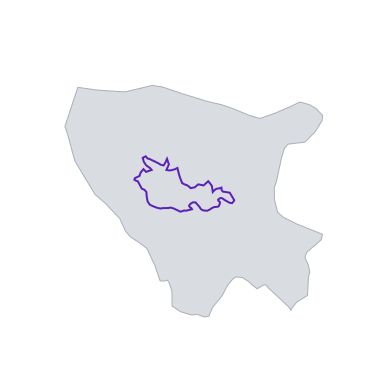 where Gitega sits in Burundi, rotated 107°
{"feature_id": "BDI-2639", "entity_name": "Gitega", "entity_type": "Province", "adm_level": 1, "iso_a3": "BDI", "parent_name": "Burundi", "parent_adm1": "", "projection": "albers", "projection_center": [29.917, -3.445], "detail": "fine", "context": "in_parent", "style": "outline", "palette": "violet", "viewbox_px": 384, "rotation_deg": 107, "n_neighbors": 0, "source": "natural_earth", "source_scale": "10m", "svg_char_len": 2294}
<svg xmlns="http://www.w3.org/2000/svg" viewBox="0 0 384 384"><g transform="rotate(107 192 192)"><path d="M276.1,62.8L273.5,66.2L261.4,90.8L259.1,94.5L260.4,96.8L265.5,101.4L262.5,109.1L261.3,111.2L259.1,118.4L260.3,125.1L263.2,127.5L271.0,130.7L282.7,133.0L296.5,138.6L305.8,139.6L307.9,143.6L307.5,150.7L309.8,156.9L309.8,167.9L307.0,177.6L292.8,182.2L285.5,187.2L283.5,189.7L285.3,192.6L286.3,196.5L272.9,206.2L259.1,218.8L255.9,227.4L253.1,237.5L249.1,243.9L238.6,253.2L228.0,271.9L222.7,284.0L196.5,313.2L173.3,327.7L166.5,332.7L125.3,331.8L122.2,312.2L115.9,285.4L101.7,261.1L100.2,251.0L100.8,231.5L100.9,204.0L99.9,189.2L100.2,178.5L102.0,159.8L101.8,148.6L92.4,135.7L80.8,122.0L74.5,115.3L74.2,109.8L74.2,104.8L76.1,97.5L80.6,89.4L85.7,88.5L98.2,91.7L111.3,98.6L118.2,114.2L123.5,116.4L133.1,116.4L157.7,114.3L163.9,114.6L175.1,110.9L186.2,104.3L189.4,97.5L192.0,82.3L194.3,54.8L200.0,54.5L215.5,64.3L218.9,64.9L222.1,64.6L227.5,59.7L234.1,55.8L239.0,55.9L257.1,51.3L266.7,59.6L272.9,62.2L276.1,62.8Z" fill="#d9dde1" stroke="#a8b0b8" stroke-width="1"/><path d="M187.5,149.2L188.7,149.4L190.9,150.4L191.3,152.9L190.1,158.4L189.2,161.1L189.2,162.5L190.1,163.8L191.8,164.8L192.7,164.1L193.3,162.7L194.1,162.0L197.1,162.1L198.3,162.6L200.0,166.5L201.6,168.3L203.6,169.9L205.5,172.0L206.2,175.1L206.2,176.8L205.9,178.1L205.2,179.2L204.0,180.5L201.3,185.0L200.9,185.4L201.6,188.1L203.8,190.1L206.1,190.8L207.2,189.5L207.5,188.0L208.5,187.0L211.7,192.3L212.0,194.2L213.2,195.7L214.2,197.3L213.1,204.7L213.2,208.2L214.2,209.8L215.7,214.6L217.1,217.6L217.3,221.3L217.0,225.0L216.5,228.6L214.1,231.6L209.8,233.9L205.4,235.6L203.8,238.0L203.5,241.0L197.6,246.9L197.6,248.9L197.1,250.7L195.5,250.7L194.1,249.2L192.0,246.9L188.5,246.8L184.3,245.1L186.2,241.8L182.7,237.0L181.5,238.9L179.8,243.7L177.2,246.9L173.7,249.1L171.4,246.7L172.3,245.4L173.0,244.1L172.8,242.6L174.3,232.8L175.1,229.8L174.9,226.9L171.3,226.0L167.6,225.6L172.3,222.2L178.4,222.9L178.1,220.2L177.0,217.7L175.3,215.1L173.3,213.0L180.5,208.6L186.3,204.1L186.9,201.5L187.0,198.8L187.6,196.6L188.7,194.5L186.8,190.8L182.9,188.3L182.3,182.8L176.9,179.6L180.2,174.9L185.9,172.1L183.7,171.1L181.8,169.6L180.6,167.1L179.2,165.1L181.2,164.4L182.6,162.8L181.6,155.7L187.5,149.2Z" fill="none" stroke="#5b21b6" stroke-width="2"/></g></svg>